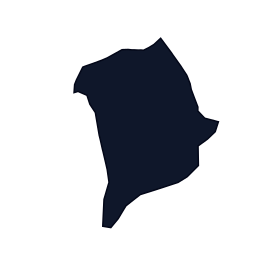 Ivo, Ebonyi, Nigeria, rotated 229°
{"feature_id": "59680162B35701990596564", "entity_name": "Ivo", "entity_type": "district", "adm_level": 2, "iso_a3": "NGA", "parent_name": "Nigeria", "parent_adm1": "Ebonyi", "projection": "equal_earth", "projection_center": [7.611, 5.914], "detail": "fine", "context": "isolated", "style": "filled", "palette": "ink", "viewbox_px": 256, "rotation_deg": 229, "n_neighbors": 0, "source": "geoboundaries", "source_scale": "gbopen_adm2", "svg_char_len": 1210}
<svg xmlns="http://www.w3.org/2000/svg" viewBox="0 0 256 256"><g transform="rotate(229 128 128)"><path d="M70.4,44.5L64.1,49.7L66.0,61.1L68.5,68.7L70.6,75.3L70.5,78.1L70.4,79.7L70.4,80.4L70.1,86.7L69.8,92.1L69.8,92.4L69.8,92.7L69.7,93.6L61.6,112.3L58.9,118.7L54.1,130.1L52.4,140.7L53.5,156.5L68.5,169.1L67.5,180.7L68.0,191.4L73.4,200.3L73.8,200.0L74.2,199.7L76.9,197.9L85.1,192.3L92.2,192.0L95.1,191.9L98.0,194.5L107.3,197.9L110.0,198.9L115.6,201.0L120.8,204.0L125.1,205.5L126.1,205.9L128.4,206.7L128.8,206.8L129.5,207.0L130.0,207.1L130.7,207.2L131.0,207.2L138.2,208.2L138.8,208.3L139.6,208.4L140.1,208.5L144.5,208.9L150.6,209.5L153.9,209.8L156.1,210.1L174.3,211.5L174.0,202.4L175.0,196.5L176.5,190.7L178.1,189.2L180.5,186.4L180.9,186.0L183.0,183.8L184.5,182.1L187.2,179.6L188.0,178.6L191.0,174.9L194.1,160.3L194.5,158.4L195.3,155.9L196.3,152.8L199.2,145.1L199.5,144.3L202.2,137.6L202.9,135.8L203.6,133.8L198.1,120.6L195.8,116.2L190.1,110.5L188.4,114.3L179.6,118.5L170.9,114.8L161.1,113.5L141.4,101.5L137.1,99.3L128.8,94.8L126.4,93.6L117.1,88.7L110.2,85.0L99.4,78.0L98.2,76.0L97.1,74.3L96.4,73.2L92.9,67.8L89.9,63.1L83.3,56.8L72.5,46.5L70.4,44.5Z" fill="#0f172a" stroke="#020617" stroke-width="1.5"/></g></svg>